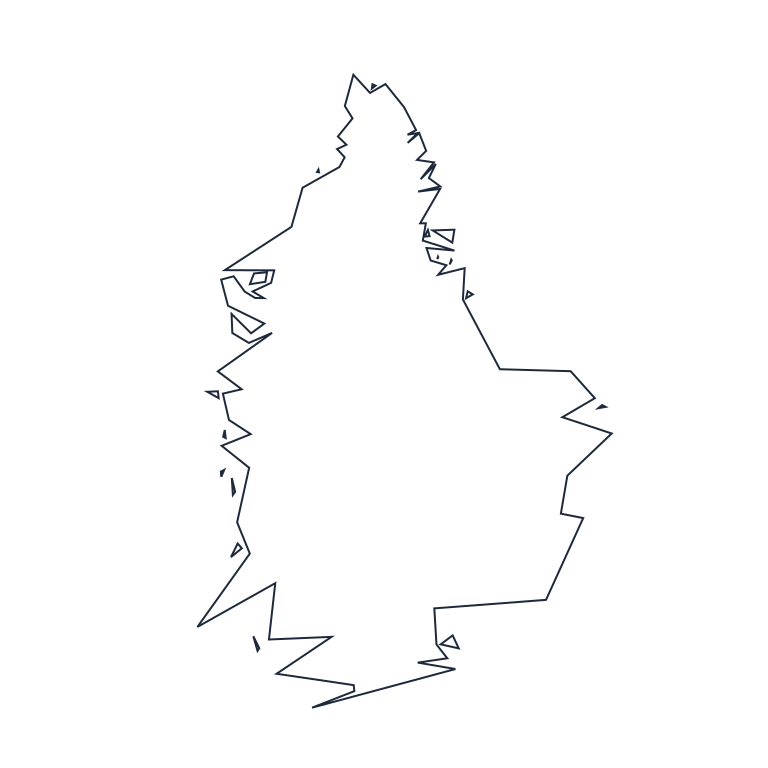 outline of Greenland, rotated 172°
{"feature_id": "GRL", "entity_name": "Greenland", "entity_type": "country or territory", "adm_level": 0, "iso_a3": "GRL", "parent_name": "North America", "parent_adm1": "", "projection": "mercator", "projection_center": [-41.68, 71.708], "detail": "medium", "context": "isolated", "style": "outline", "palette": "slate", "viewbox_px": 768, "rotation_deg": 172, "n_neighbors": 0, "source": "natural_earth", "source_scale": "50m", "svg_char_len": 1977}
<svg xmlns="http://www.w3.org/2000/svg" viewBox="0 0 768 768"><g transform="rotate(172 384 384)"><path d="M353.0,91.8L500.3,73.5L456.1,84.0L455.9,90.0L530.7,112.0L471.1,140.9L533.5,147.0L519.4,201.9L602.6,169.4L540.5,234.7L548.7,267.5L529.2,319.8L553.4,345.4L523.0,352.9L542.5,369.9L544.9,396.9L525.7,398.6L546.8,419.6L487.7,450.2L512.1,443.5L527.1,455.6L525.2,474.6L508.6,452.7L494.1,460.5L527.6,483.2L530.7,510.0L517.9,511.6L509.1,494.9L499.6,487.1L491.1,485.8L501.2,493.9L481.7,499.9L476.9,511.8L525.8,518.9L453.8,552.5L437.3,589.7L397.9,605.1L391.4,614.0L397.8,623.2L387.9,626.2L395.2,635.5L378.2,651.4L384.1,664.7L371.3,694.5L357.3,674.2L340.8,680.8L325.6,655.3L316.9,631.0L326.0,627.6L315.7,627.8L327.0,619.5L314.2,627.5L309.8,609.0L320.1,601.3L303.7,596.5L319.2,581.7L302.1,594.7L310.9,581.7L300.8,571.8L323.5,569.8L301.3,569.4L325.8,538.1L320.2,537.3L325.6,520.6L295.6,506.3L323.0,512.8L320.6,499.8L305.7,492.9L315.2,484.6L288.0,487.5L294.1,456.7L267.2,382.5L197.4,370.7L177.2,340.6L212.0,326.3L165.4,303.3L215.2,267.7L226.9,231.0L205.4,223.5L253.6,147.7L365.4,154.8L368.3,118.8L359.5,103.6L389.4,103.4L353.0,91.8ZM296.7,514.5L314.4,529.3L292.8,527.0L296.7,514.5ZM502.9,501.5L497.3,511.6L484.3,510.9L487.3,501.7L502.9,501.5ZM364.1,118.3L351.0,125.5L346.8,111.8L364.1,118.3ZM559.6,233.9L551.1,246.4L547.7,241.1L559.6,233.9ZM549.7,393.0L560.1,400.9L549.5,399.9L549.7,393.0ZM550.6,354.1L548.1,360.6L548.3,352.5L550.6,354.1ZM290.8,457.5L288.2,464.1L283.6,460.4L290.8,457.5ZM546.4,137.3L548.5,152.4L544.3,139.7L546.4,137.3ZM323.1,524.3L319.1,530.4L318.3,524.1L323.1,524.3ZM549.1,295.2L547.8,312.1L546.4,298.0L549.1,295.2ZM175.2,330.2L171.0,332.8L167.7,330.5L175.2,330.2ZM302.4,493.2L300.1,497.9L299.7,497.0L302.4,493.2ZM557.7,319.9L554.2,321.2L558.1,314.8L557.7,319.9ZM354.9,678.3L353.7,682.4L350.8,680.6L354.9,678.3ZM313.9,500.3L312.8,502.6L312.6,501.9L313.9,500.3ZM420.8,603.2L419.1,605.5L418.9,602.7L420.8,603.2Z" fill="none" stroke="#1e293b" stroke-width="2"/></g></svg>